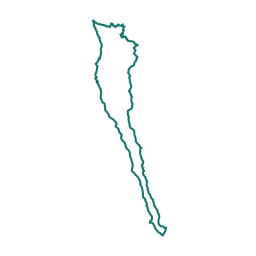 the district of Valea Mare Pravat, Arges, Romania, rotated 174°
{"feature_id": "2599482B14695579023436", "entity_name": "Valea Mare Pravat", "entity_type": "district", "adm_level": 2, "iso_a3": "ROU", "parent_name": "Romania", "parent_adm1": "Arges", "projection": "orthographic", "projection_center": [25.103, 45.372], "detail": "fine", "context": "isolated", "style": "outline", "palette": "teal", "viewbox_px": 256, "rotation_deg": 174, "n_neighbors": 0, "source": "geoboundaries", "source_scale": "gbopen_adm2", "svg_char_len": 5982}
<svg xmlns="http://www.w3.org/2000/svg" viewBox="0 0 256 256"><g transform="rotate(174 128 128)"><path d="M149.4,236.3L151.2,238.4L151.7,238.1L151.6,237.5L150.8,236.9L150.7,236.6L151.0,236.4L151.1,235.4L151.0,234.6L151.0,234.1L151.4,233.4L151.0,232.9L150.5,231.4L149.8,230.5L149.8,230.3L150.1,230.0L148.9,227.0L148.9,225.6L148.8,224.8L148.2,223.9L147.9,222.3L147.4,221.4L147.2,220.9L146.8,220.7L147.1,220.3L146.9,219.9L147.0,218.6L146.8,218.4L146.2,215.4L145.4,213.5L145.6,211.6L146.0,211.3L146.2,210.5L146.8,209.3L147.0,205.2L147.3,203.9L147.7,203.3L148.2,201.9L148.6,200.1L149.6,200.2L149.9,200.1L150.1,199.8L150.0,198.8L150.3,198.6L150.6,197.9L152.4,195.9L153.1,195.6L153.5,195.1L153.5,194.9L152.8,194.1L152.0,192.8L152.7,192.6L152.1,192.5L153.4,187.5L155.0,184.4L154.3,182.1L153.9,181.6L155.1,181.0L155.4,180.6L153.3,177.5L154.2,177.2L154.2,176.7L154.3,176.5L153.2,175.5L153.3,175.3L151.6,170.4L151.6,169.7L151.1,169.4L150.9,168.5L151.2,167.6L151.0,167.0L151.0,165.7L151.5,163.9L151.9,161.8L151.7,159.6L151.0,157.9L150.8,156.3L150.5,156.1L150.5,155.9L149.4,155.5L148.8,154.9L148.8,154.2L148.6,150.0L148.7,149.4L149.0,148.8L148.9,148.4L147.0,145.8L146.5,144.5L146.1,144.1L145.6,142.9L145.7,142.1L145.5,141.1L141.4,137.6L140.6,136.3L139.8,135.6L139.0,134.2L138.9,134.0L139.2,133.3L139.0,133.0L139.2,132.3L140.1,131.7L140.0,130.5L137.9,128.6L137.3,127.2L137.3,125.1L136.6,124.4L136.6,124.1L136.2,123.8L135.9,122.7L135.1,122.3L135.1,121.1L135.9,119.2L135.5,117.1L134.3,115.4L133.5,114.7L132.7,113.2L132.5,112.0L132.2,111.5L132.3,110.2L131.8,109.1L131.7,108.8L131.9,108.3L131.8,108.1L129.8,105.9L129.1,104.5L128.8,102.4L128.9,100.5L128.7,98.9L128.2,97.1L128.0,95.6L127.6,94.4L127.7,93.2L127.1,91.8L127.3,89.9L127.5,89.7L127.6,88.5L128.0,87.7L128.6,85.7L128.7,84.9L126.7,82.9L125.4,80.5L123.9,79.0L123.0,77.7L122.7,77.1L122.3,75.6L121.5,74.3L121.4,73.6L121.6,72.7L121.3,71.9L121.3,71.4L121.7,70.7L121.7,70.3L120.9,69.0L120.6,68.0L120.3,66.5L120.2,65.1L120.0,64.0L120.1,63.1L119.9,61.6L119.9,60.8L120.4,59.5L120.1,57.7L119.9,56.8L119.0,56.5L118.3,55.4L118.2,54.6L118.4,54.1L118.1,53.3L117.8,52.9L117.8,52.4L117.3,51.4L117.1,50.7L117.2,50.0L117.6,49.3L117.8,48.6L116.9,47.8L116.9,46.7L116.8,46.0L116.9,45.3L116.7,43.8L115.8,42.5L115.3,41.1L115.2,40.5L113.7,38.1L113.4,36.9L113.6,36.1L113.7,34.7L113.8,34.4L114.9,33.7L115.9,32.7L116.2,31.9L116.1,31.4L115.0,31.7L113.2,30.6L112.9,29.9L112.8,29.4L112.1,28.0L112.0,27.5L111.0,24.6L110.1,23.1L109.3,22.2L109.2,21.8L108.7,21.3L106.6,19.8L106.5,19.4L106.1,18.8L104.5,17.6L103.8,18.9L102.5,20.3L101.4,22.3L101.2,22.7L101.0,24.0L100.7,24.3L100.6,24.8L100.9,25.0L102.4,25.0L102.6,25.5L103.2,26.2L104.2,26.7L105.4,26.8L106.2,27.3L107.4,29.1L107.6,31.2L107.0,34.3L106.0,36.8L106.2,38.1L107.3,41.2L107.3,42.4L107.4,43.0L108.3,44.6L108.4,45.2L109.7,47.2L109.8,48.3L110.2,48.6L110.3,50.1L110.1,50.8L110.6,52.0L110.6,54.0L110.9,54.4L112.0,55.6L112.7,57.6L112.9,59.3L113.2,59.9L113.8,60.4L114.3,61.5L114.3,62.1L114.2,63.0L114.9,64.3L115.0,64.8L114.6,65.7L115.5,69.6L115.1,70.8L114.7,73.1L115.6,75.3L115.8,77.2L116.5,78.0L116.9,79.2L117.4,79.7L117.9,80.9L117.7,82.5L117.2,83.2L116.7,83.3L116.5,83.7L116.7,83.8L116.9,84.3L117.1,84.3L117.2,84.8L117.6,86.5L117.3,86.7L117.7,86.9L117.7,87.5L118.1,88.4L118.1,89.2L117.4,90.7L117.3,90.9L117.1,90.7L116.9,91.4L116.7,91.5L116.5,91.9L116.6,92.3L116.5,92.5L116.4,93.2L116.4,93.6L117.2,94.7L117.3,95.3L117.7,96.1L118.1,99.0L118.6,101.1L118.4,102.8L118.2,103.2L118.0,105.9L117.8,106.4L117.1,106.5L116.9,106.7L117.9,107.7L118.1,108.6L118.5,109.5L120.9,112.4L121.5,113.7L121.6,115.0L121.4,116.0L121.6,117.1L121.6,117.4L121.7,118.3L122.0,119.5L122.3,120.0L122.3,122.6L122.1,124.1L122.4,125.2L123.0,125.9L124.4,126.9L125.0,127.7L125.6,127.9L125.6,128.2L126.0,129.0L125.9,130.3L126.2,131.1L126.0,131.4L126.2,132.0L126.2,133.1L126.4,133.5L126.6,135.1L126.4,135.7L126.6,136.6L126.1,138.1L126.0,138.8L126.5,140.1L126.6,140.6L126.6,142.5L126.5,143.4L126.6,143.9L126.5,144.8L126.3,145.2L125.4,145.5L124.6,146.2L123.1,146.4L122.6,146.9L121.7,148.2L121.7,148.8L121.9,149.3L121.9,149.6L121.4,150.1L121.1,150.8L121.0,151.4L121.0,151.9L121.6,153.3L121.7,154.7L121.9,155.6L121.7,156.7L120.9,158.4L121.3,159.0L121.3,159.8L121.6,159.7L121.7,159.9L121.7,160.6L122.1,161.2L121.9,161.7L122.3,163.4L122.6,163.7L122.8,164.1L123.2,164.3L123.2,164.5L122.1,165.6L120.8,167.9L120.5,168.7L120.5,169.7L120.9,171.9L121.1,172.3L121.0,172.7L121.0,173.4L121.4,174.1L121.2,174.8L121.1,175.9L121.6,177.7L121.1,178.6L120.7,178.8L121.0,179.1L120.7,179.7L121.5,182.0L121.9,182.3L122.1,182.8L120.9,186.6L118.2,189.0L117.8,189.2L117.5,189.0L115.7,189.7L115.4,190.1L114.8,192.2L113.5,193.8L112.8,194.2L112.8,194.3L112.9,194.5L112.3,195.5L112.4,196.2L111.6,196.8L111.7,197.2L111.3,197.8L112.2,198.7L112.3,199.3L112.7,199.5L113.8,200.9L114.3,201.2L113.4,203.0L112.7,204.2L112.9,204.2L112.8,205.2L113.0,205.5L113.9,206.9L113.1,207.7L112.2,208.4L110.4,209.2L110.9,209.5L110.7,209.7L111.0,209.7L111.5,210.6L112.4,211.1L112.3,211.3L112.4,211.6L113.0,212.2L112.9,212.5L113.0,212.9L115.4,213.9L116.2,214.1L116.7,214.0L117.2,214.4L118.3,214.5L119.1,214.9L119.1,215.4L119.6,216.0L119.8,216.1L120.0,216.7L120.2,216.8L120.3,217.3L120.1,217.3L120.2,217.5L120.6,217.9L120.6,218.2L121.2,219.3L122.5,219.0L122.8,219.5L123.4,219.3L124.0,218.8L124.6,218.8L124.3,219.7L125.3,220.3L125.2,221.1L125.5,221.6L123.3,222.0L123.2,222.8L124.0,222.9L123.1,223.9L122.0,225.5L122.8,226.3L122.2,226.8L122.1,227.6L121.8,228.4L121.2,229.1L122.0,229.2L122.3,230.5L122.4,230.3L122.9,230.2L123.2,230.0L123.3,230.3L123.1,231.1L124.6,230.5L125.5,230.7L126.3,231.3L126.4,231.2L126.9,231.6L127.1,231.9L128.6,230.8L128.4,230.7L128.7,230.3L129.3,229.9L130.4,230.1L130.8,230.2L130.9,231.1L131.2,231.3L132.0,231.3L132.3,231.6L132.5,232.6L132.4,233.1L133.4,233.6L133.9,233.5L133.8,233.0L135.4,230.3L137.2,231.1L138.6,231.2L139.3,231.9L139.6,231.7L140.6,232.6L141.5,232.7L141.7,233.1L144.2,233.6L145.2,234.4L145.8,234.3L146.8,234.6L149.4,236.3Z" fill="none" stroke="#0f766e" stroke-width="2"/></g></svg>